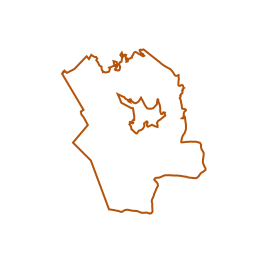 Kafr Al-Dawwar, Al Buhayrah, Egypt (Mercator projection), rotated 312°
{"feature_id": "37247803B13171530844779", "entity_name": "Kafr Al-Dawwar", "entity_type": "district", "adm_level": 2, "iso_a3": "EGY", "parent_name": "Egypt", "parent_adm1": "Al Buhayrah", "projection": "mercator", "projection_center": [30.133, 31.129], "detail": "fine", "context": "isolated", "style": "outline", "palette": "amber", "viewbox_px": 256, "rotation_deg": 312, "n_neighbors": 0, "source": "geoboundaries", "source_scale": "gbopen_adm2", "svg_char_len": 5919}
<svg xmlns="http://www.w3.org/2000/svg" viewBox="0 0 256 256"><g transform="rotate(312 128 128)"><path d="M165.1,191.6L165.0,191.3L164.8,190.9L164.6,190.0L164.0,189.3L163.6,188.2L163.0,187.3L161.7,186.0L159.4,183.2L158.2,182.3L156.9,180.8L153.3,177.7L153.2,176.9L156.7,174.7L157.5,174.4L158.7,174.0L159.6,173.7L160.9,173.6L162.0,173.5L162.8,173.2L166.0,171.8L166.7,171.2L168.1,169.8L168.8,169.4L169.3,168.8L170.1,167.7L170.4,167.4L173.0,164.3L173.8,163.5L173.3,163.3L171.6,162.1L171.3,161.6L172.3,161.7L173.5,161.9L174.7,161.5L174.7,161.2L174.6,160.9L174.8,160.7L175.9,160.0L176.3,159.6L177.3,159.1L179.0,159.1L179.5,159.3L179.9,159.2L180.3,158.8L180.3,158.3L179.8,157.2L179.2,156.3L178.7,155.2L178.8,154.9L180.5,153.1L180.9,152.7L182.2,150.7L183.5,149.2L184.2,148.1L184.8,146.5L185.2,146.6L185.6,146.2L187.1,145.8L187.2,145.0L188.0,145.0L188.6,144.7L190.1,145.0L190.9,144.7L191.0,144.4L191.5,144.1L192.1,143.3L192.7,143.5L193.3,142.6L194.1,142.9L194.8,142.7L195.2,142.8L195.1,142.4L195.5,141.6L196.1,140.6L196.3,140.1L196.0,139.4L195.5,138.8L194.3,138.6L193.5,137.6L193.6,136.7L196.6,134.2L198.6,132.9L199.6,131.5L200.3,130.9L201.1,130.4L201.2,130.2L200.4,129.9L199.8,129.5L199.2,129.1L198.7,128.4L198.5,127.5L199.6,123.9L200.1,120.4L198.7,114.3L198.2,111.0L198.1,109.3L198.1,107.6L196.8,87.5L196.8,87.0L195.4,86.1L195.1,85.9L194.8,85.1L194.6,84.9L194.1,84.6L193.7,84.5L192.9,85.5L192.9,86.3L192.6,86.8L192.6,88.9L192.9,89.4L193.0,89.9L192.5,90.8L192.5,91.7L191.8,91.5L191.2,90.8L191.1,90.0L191.0,89.6L190.9,88.8L190.9,88.3L190.2,86.7L190.2,85.9L190.0,85.5L190.0,83.8L189.9,83.6L189.8,83.3L189.4,82.5L189.2,82.4L188.4,82.2L186.8,82.3L185.8,82.9L184.7,82.9L183.6,83.0L183.0,83.9L182.2,83.4L180.2,82.5L177.8,82.6L177.3,83.2L176.1,82.4L176.9,81.7L177.3,81.5L177.5,81.5L177.9,81.3L178.1,81.3L178.9,80.8L178.0,80.1L178.2,79.7L178.7,79.4L178.9,79.2L179.1,79.1L179.5,78.5L180.3,78.0L180.5,77.7L181.0,77.6L180.6,76.8L180.3,76.5L179.9,76.3L179.7,76.3L178.3,76.8L178.0,76.8L177.9,76.7L177.9,75.7L178.0,75.4L178.2,75.1L178.4,75.1L178.6,74.9L178.7,74.7L178.9,74.6L179.8,73.0L177.2,73.4L176.6,76.1L176.1,76.7L173.0,78.8L171.3,78.0L169.1,79.0L168.9,79.2L168.7,79.7L168.7,80.1L168.6,80.6L167.6,81.7L167.3,81.8L166.7,82.2L166.1,82.5L165.5,82.7L165.0,82.8L164.8,82.6L164.5,82.4L164.2,82.3L163.9,82.1L163.8,81.9L163.7,81.5L163.7,81.1L162.6,80.0L162.9,79.0L166.4,78.8L166.7,78.7L166.8,78.6L166.9,78.4L167.5,77.8L168.2,77.5L169.0,76.7L169.0,76.4L169.4,75.4L168.0,72.5L165.9,75.4L166.8,76.6L165.4,77.1L164.4,75.6L161.1,74.3L160.6,73.7L160.2,73.5L159.9,75.0L158.8,75.6L158.5,75.6L157.2,76.2L154.4,74.4L153.4,72.4L153.4,71.6L153.2,71.8L152.9,71.8L153.5,70.6L153.6,70.0L154.2,69.0L154.5,68.6L155.8,67.4L155.3,64.9L156.7,61.8L157.1,59.1L159.1,58.6L159.1,57.5L159.4,56.8L158.2,55.1L157.8,51.8L153.1,52.9L153.6,49.3L152.6,49.2L136.0,48.7L128.1,45.7L128.1,42.3L125.9,42.3L126.0,42.9L124.2,42.8L111.7,82.8L111.1,82.7L108.9,82.0L108.7,82.0L108.4,82.1L108.2,82.4L106.7,84.8L106.7,85.0L106.5,87.1L105.9,89.1L103.3,96.2L80.3,96.9L79.0,122.1L54.8,168.4L55.6,169.4L56.5,170.8L57.5,172.3L58.3,173.8L60.1,176.7L60.7,178.4L61.8,179.7L63.9,180.2L65.6,181.1L66.8,182.2L68.0,184.0L68.8,185.7L69.6,186.8L71.1,188.6L72.4,190.4L73.8,194.1L74.3,195.1L75.0,195.9L75.9,196.8L77.0,197.8L77.7,198.7L79.0,201.5L79.5,201.6L80.2,202.3L81.4,202.3L81.9,202.2L82.2,202.1L82.7,201.7L83.1,201.4L84.5,199.9L85.5,198.9L86.3,198.1L87.9,196.8L88.9,195.3L89.7,194.4L91.3,193.6L93.1,193.1L95.3,192.3L96.4,191.6L97.8,191.2L101.8,189.8L103.1,189.4L104.7,189.1L105.2,188.8L106.3,187.5L106.5,187.1L106.7,186.6L106.8,185.9L106.9,185.2L107.1,182.1L107.9,182.0L108.7,181.7L109.8,182.3L110.9,183.2L111.7,184.2L112.6,184.6L113.1,185.0L115.2,185.9L116.1,186.2L117.9,187.4L120.2,190.0L121.1,190.9L122.0,192.2L123.3,193.7L124.4,195.1L125.0,195.7L126.0,196.9L127.4,198.8L129.7,202.5L130.4,203.4L130.7,203.9L131.1,204.4L131.3,205.3L132.1,206.7L133.5,208.5L134.2,209.6L134.6,209.9L134.8,210.3L135.1,210.7L135.8,211.7L136.2,212.2L138.3,212.8L140.3,212.7L141.4,212.5L142.9,212.4L143.9,212.5L145.2,213.0L148.5,213.7L149.8,212.7L150.2,211.8L150.5,210.6L151.0,209.6L152.3,206.9L153.0,206.2L154.7,204.9L158.7,202.2L160.1,200.9L160.8,199.3L161.0,198.2L161.4,196.9L162.9,194.7L164.4,193.6L165.1,191.6ZM147.8,102.9L148.5,104.8L148.1,105.9L148.0,106.1L148.5,108.3L148.5,109.3L148.3,110.1L148.1,110.5L148.6,112.3L149.7,109.9L150.7,110.2L151.1,110.9L150.6,112.1L150.5,112.9L150.6,113.8L150.6,114.7L150.8,116.2L151.5,117.0L152.6,117.6L154.7,118.1L156.2,118.0L158.8,117.5L159.2,117.4L158.2,120.4L156.9,123.6L156.1,125.9L155.5,129.0L155.9,130.0L157.8,132.3L159.3,133.4L161.3,133.6L162.5,133.5L164.1,133.6L165.0,133.5L168.7,130.9L169.3,130.9L169.3,131.3L169.2,131.7L168.3,132.5L167.8,133.1L167.4,134.3L166.7,135.3L166.5,135.9L166.0,136.6L164.1,139.0L162.6,140.1L161.7,141.2L160.9,142.5L160.6,143.4L161.0,143.7L161.4,144.1L162.4,144.0L163.3,143.8L164.1,145.2L163.1,145.7L162.3,147.2L162.1,147.4L161.2,147.0L160.2,147.1L157.2,146.5L156.1,146.4L154.3,145.9L153.6,145.6L151.0,146.2L149.8,148.3L148.5,149.3L147.6,147.4L147.2,146.5L147.1,145.6L146.5,144.4L146.4,143.6L145.3,143.2L143.7,142.5L142.3,142.0L142.3,141.0L142.7,140.2L143.2,139.8L145.2,138.9L145.6,138.0L145.2,137.3L143.5,137.2L142.2,136.9L141.7,137.2L141.3,138.1L140.7,138.6L139.5,139.1L137.9,139.5L137.5,139.5L136.7,139.5L136.1,139.4L135.4,139.0L134.9,138.9L133.2,137.8L132.6,138.0L131.6,138.0L130.9,138.1L130.5,138.3L129.6,138.0L129.4,137.5L129.3,136.4L129.4,135.3L129.4,133.5L129.4,133.3L129.6,132.5L129.5,132.0L129.3,131.5L129.3,131.3L130.4,130.3L131.0,129.4L131.0,129.2L131.3,128.6L131.5,127.6L131.6,126.7L132.3,126.6L132.8,126.0L133.8,125.4L134.2,126.0L134.2,127.6L134.3,128.2L135.2,128.5L135.6,128.3L135.5,127.9L135.9,127.0L136.4,126.4L136.7,126.4L137.6,126.6L138.2,127.2L141.2,124.5L142.7,122.5L144.0,121.0L146.0,118.3L145.0,117.1L142.3,106.1L142.9,104.7L143.1,104.7L146.3,97.7L147.8,102.9Z" fill="none" stroke="#b45309" stroke-width="2"/></g></svg>